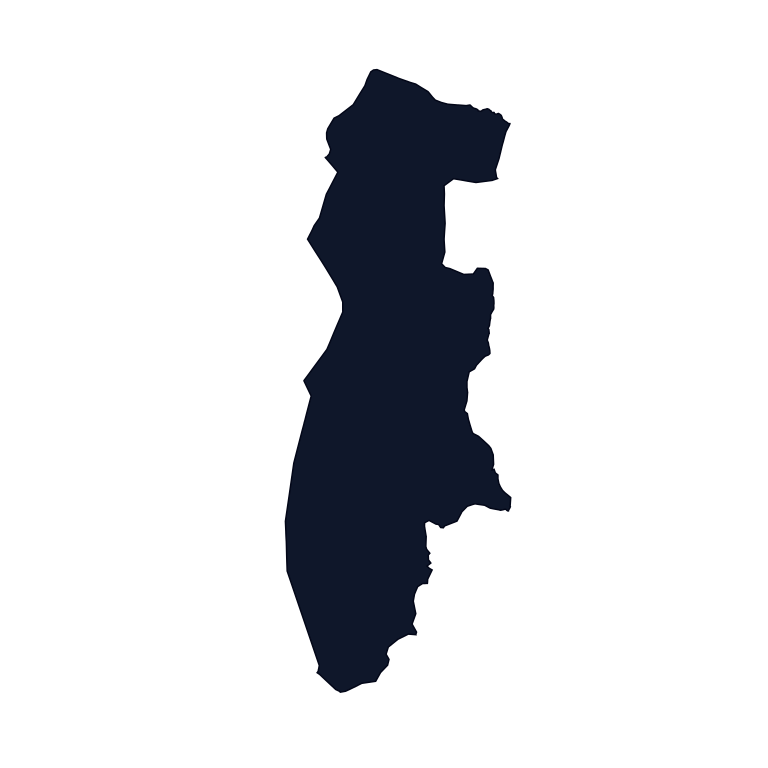 outline of Maqbanah, Ta`izz, Yemen, rotated 28°
{"feature_id": "15242507B87636717080649", "entity_name": "Maqbanah", "entity_type": "district", "adm_level": 2, "iso_a3": "YEM", "parent_name": "Yemen", "parent_adm1": "Ta`izz", "projection": "natural_earth1", "projection_center": [43.703, 13.621], "detail": "fine", "context": "isolated", "style": "filled", "palette": "ink", "viewbox_px": 768, "rotation_deg": 28, "n_neighbors": 0, "source": "geoboundaries", "source_scale": "gbopen_adm2", "svg_char_len": 5570}
<svg xmlns="http://www.w3.org/2000/svg" viewBox="0 0 768 768"><g transform="rotate(28 384 384)"><path d="M372.9,95.0L371.6,95.6L370.6,95.4L369.7,95.2L368.6,95.1L367.6,95.1L365.9,94.7L364.8,94.6L364.0,94.2L363.1,93.2L362.4,92.6L361.7,92.0L361.1,91.7L360.1,91.5L358.8,91.4L358.0,91.4L357.4,92.0L356.8,92.8L356.0,93.3L355.4,93.3L354.8,93.5L354.6,93.5L354.3,93.2L353.8,92.6L353.0,92.9L352.4,93.3L351.7,93.5L351.1,93.4L350.4,92.7L349.8,92.6L349.0,92.6L348.2,92.4L347.7,92.2L347.0,92.3L346.3,92.4L345.7,92.6L345.4,93.2L344.7,93.7L343.8,94.5L342.7,95.4L342.3,96.2L342.0,97.0L341.6,97.7L340.2,98.2L339.1,98.5L338.6,98.5L338.2,97.9L337.4,97.8L336.2,97.8L335.1,98.0L333.8,98.3L332.8,98.3L331.6,98.0L330.5,97.7L329.7,97.4L328.9,97.3L325.9,99.6L318.6,102.8L317.6,103.3L309.2,106.9L308.6,107.1L306.4,107.6L302.5,108.5L297.2,109.1L296.2,109.3L292.0,107.9L287.6,106.0L285.6,105.2L276.6,104.7L271.2,104.3L265.7,105.4L253.7,107.2L230.2,109.7L227.3,111.7L225.8,114.6L226.1,123.1L227.1,129.6L226.4,139.8L225.7,151.9L225.5,152.3L219.4,165.8L218.4,168.1L215.1,172.7L214.7,180.6L214.5,185.0L215.4,189.2L217.7,193.3L218.5,194.6L221.0,196.8L224.2,199.6L226.8,201.8L227.7,206.6L226.6,211.3L225.3,211.4L228.1,212.4L235.3,215.2L241.5,217.7L243.8,218.6L243.9,229.1L244.0,237.1L244.0,243.5L249.1,267.8L248.0,276.9L248.3,281.5L248.4,284.6L248.4,285.2L248.4,286.8L248.5,292.0L255.5,296.0L260.9,299.1L271.1,304.8L278.2,308.9L290.5,316.2L294.9,318.9L296.5,319.8L297.1,320.2L309.1,331.0L313.0,338.3L313.1,338.5L313.8,339.7L314.2,344.5L314.4,346.7L314.9,352.9L315.8,363.1L316.8,373.4L317.3,379.7L317.3,379.8L317.4,380.0L317.2,381.3L316.7,384.7L316.3,387.6L313.9,403.8L312.9,410.9L312.8,411.3L312.7,412.2L311.9,417.4L311.9,417.8L311.7,418.4L312.1,419.0L325.4,428.8L326.4,433.2L329.9,447.9L331.3,453.5L331.6,455.1L332.2,457.3L333.5,463.0L338.0,481.7L341.5,496.2L341.8,497.0L352.6,526.9L361.4,551.5L366.9,560.8L367.1,561.2L369.2,564.8L371.8,569.1L374.3,573.5L379.2,582.2L386.3,594.6L397.4,605.0L446.0,650.7L459.0,662.9L459.3,663.9L460.0,666.0L460.1,666.6L460.7,668.4L460.7,668.5L460.7,668.8L460.5,670.3L463.4,670.6L470.7,672.6L484.8,676.4L489.0,676.2L489.7,676.5L490.1,676.6L494.3,673.3L496.8,670.0L502.2,662.6L502.4,662.2L504.9,658.7L516.2,650.4L516.4,640.4L519.2,630.5L519.1,630.3L518.3,627.2L517.7,624.8L512.7,621.6L511.3,614.3L511.3,614.2L513.4,609.3L516.2,602.7L516.3,602.6L522.9,593.4L529.8,590.4L529.7,590.3L529.2,587.8L521.5,582.8L519.9,571.9L511.8,562.0L509.6,555.3L509.6,555.2L509.2,551.3L508.9,547.4L508.8,547.1L509.6,545.8L510.4,544.3L510.5,544.2L511.2,543.0L511.3,542.8L511.7,542.1L513.2,541.3L515.3,540.0L515.9,539.7L515.6,538.9L514.2,535.8L513.8,525.6L510.5,525.5L507.5,524.6L507.6,524.2L509.4,520.1L508.9,519.8L507.1,519.0L506.4,518.7L505.8,518.4L505.7,518.2L504.3,515.8L503.4,514.4L503.9,511.9L499.4,510.0L498.7,509.4L497.2,507.8L493.2,499.6L492.9,498.9L492.7,498.7L489.5,494.5L488.8,493.6L486.5,490.5L485.9,489.3L485.0,487.5L486.0,485.9L487.8,483.3L491.1,483.3L495.7,483.3L498.2,482.4L501.4,484.1L503.9,483.1L504.2,480.8L512.8,470.8L512.8,468.4L512.8,466.9L512.8,461.4L512.7,460.3L512.8,460.1L513.3,458.4L514.9,452.9L516.7,451.0L517.0,450.7L518.6,449.0L520.6,447.1L521.4,446.8L524.3,445.8L529.8,443.8L530.9,443.8L533.0,443.8L535.5,443.8L536.3,443.7L539.0,442.9L543.7,441.4L544.2,441.2L546.1,440.8L548.1,439.2L548.7,438.6L549.7,437.7L549.9,437.7L550.5,437.5L550.8,437.5L551.8,437.9L552.0,437.9L552.3,437.9L553.2,437.9L553.5,437.5L553.4,437.3L553.2,437.0L553.3,434.7L553.2,433.0L552.7,432.7L551.8,430.6L549.2,424.8L548.9,424.7L546.0,424.1L544.7,423.8L544.4,423.8L542.0,423.3L541.6,423.2L540.3,422.8L538.4,422.2L534.9,420.1L532.1,417.9L529.1,414.2L527.3,410.8L524.0,410.2L521.2,407.6L520.9,407.9L520.1,408.9L519.6,409.2L518.5,403.5L515.8,398.9L513.7,395.3L508.6,390.7L505.5,389.3L500.7,388.0L493.3,386.1L493.0,386.1L492.1,385.8L485.8,385.9L484.7,385.1L484.1,384.7L478.6,379.2L476.9,377.4L476.4,376.9L475.9,376.4L475.3,375.8L475.2,375.7L473.2,373.2L471.5,371.0L468.5,370.5L467.0,369.4L465.2,360.2L465.0,359.6L464.9,359.4L461.9,352.5L461.9,352.4L460.9,351.0L459.3,348.7L459.0,348.3L456.1,342.9L453.5,333.3L456.8,328.1L456.8,323.9L457.4,321.8L457.6,320.9L458.6,317.1L459.2,315.0L459.5,314.2L459.9,313.0L460.4,311.8L462.4,309.5L462.6,309.2L463.2,307.4L463.1,307.1L461.5,304.5L461.3,304.3L460.9,303.7L459.3,301.8L459.0,301.5L458.4,300.9L457.5,299.6L456.7,298.6L456.1,298.1L455.9,297.9L455.5,297.6L454.5,296.7L453.1,290.5L453.2,290.0L451.0,286.7L449.8,286.2L449.7,283.0L448.5,279.9L448.3,279.4L447.5,277.0L447.4,276.7L447.4,276.2L445.5,272.7L445.5,270.0L445.7,266.4L445.2,265.1L443.8,262.7L443.7,262.3L443.4,261.5L443.2,261.1L441.9,258.8L440.5,256.7L440.2,256.2L438.0,255.1L437.9,254.9L437.7,253.4L437.1,252.1L436.4,250.4L436.0,249.5L435.9,249.2L435.7,248.8L434.4,246.4L433.0,243.6L432.9,243.5L432.7,243.3L432.2,242.9L431.6,242.5L430.1,241.1L427.6,239.0L422.4,234.4L419.3,234.4L417.7,235.2L412.1,238.0L411.5,242.7L411.2,245.0L408.1,246.8L404.9,248.7L404.7,248.8L403.0,249.8L387.9,251.2L383.4,252.4L378.4,250.8L375.8,239.0L375.7,238.8L369.5,228.7L368.9,227.6L365.9,221.0L363.9,216.5L362.6,213.6L361.6,211.9L360.7,210.4L355.8,202.4L353.3,198.3L349.0,189.6L348.1,187.8L346.7,185.4L343.9,180.7L344.2,180.2L349.0,170.1L357.6,167.2L361.4,166.0L370.6,162.9L384.0,153.4L384.6,152.7L387.8,149.3L386.4,148.8L384.0,145.6L382.8,144.1L381.8,142.7L381.7,142.6L379.9,132.1L379.7,130.9L379.5,130.2L378.4,125.9L378.1,124.6L377.8,123.6L377.7,123.2L377.5,122.4L377.3,121.6L376.2,117.4L375.5,114.0L374.2,108.6L373.2,103.9L373.2,97.8L373.1,95.7L372.9,95.0Z" fill="#0f172a" stroke="#020617" stroke-width="1.5"/></g></svg>